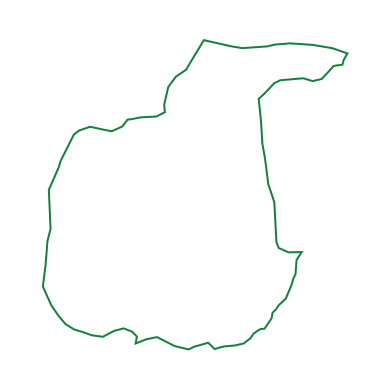 Baguirmi, Chari-Baguirmi, Chad (orthographic projection), rotated 275°
{"feature_id": "50815135B83477967363059", "entity_name": "Baguirmi", "entity_type": "district", "adm_level": 2, "iso_a3": "TCD", "parent_name": "Chad", "parent_adm1": "Chari-Baguirmi", "projection": "orthographic", "projection_center": [16.269, 11.464], "detail": "fine", "context": "isolated", "style": "outline", "palette": "green", "viewbox_px": 384, "rotation_deg": 275, "n_neighbors": 0, "source": "geoboundaries", "source_scale": "gbopen_adm2", "svg_char_len": 1420}
<svg xmlns="http://www.w3.org/2000/svg" viewBox="0 0 384 384"><g transform="rotate(275 192 192)"><path d="M344.3,190.6L329.3,183.2L318.3,177.8L313.4,175.6L305.4,165.8L294.5,159.2L276.7,156.7L269.2,158.0L264.1,150.0L261.9,134.4L259.5,126.2L258.4,121.4L251.2,116.9L245.5,106.8L246.3,99.1L248.1,84.7L243.4,74.2L238.9,69.3L211.7,58.5L205.0,57.1L181.7,49.2L142.9,54.3L130.7,52.3L126.3,52.3L120.3,52.4L107.9,52.5L106.5,52.5L84.8,51.7L80.9,53.9L76.5,56.3L67.6,61.3L66.8,61.8L65.1,63.1L56.6,70.2L49.3,77.6L44.7,86.8L42.9,95.6L40.5,104.9L40.0,115.8L46.8,126.4L50.2,135.8L47.6,144.6L43.2,149.7L36.2,149.1L41.2,159.0L44.4,169.8L37.0,188.2L34.9,202.4L38.2,207.9L41.6,217.0L43.3,221.2L37.5,228.2L39.2,232.4L40.9,237.4L42.9,248.2L45.6,256.7L51.4,263.0L56.1,265.5L60.5,270.7L61.4,272.3L62.2,276.2L73.1,282.3L78.8,282.8L82.2,285.7L82.5,286.0L84.5,287.0L86.1,287.8L86.9,288.4L87.5,288.9L93.9,294.7L108.9,299.5L113.9,300.3L119.4,302.3L123.4,302.2L133.5,302.1L141.7,306.5L140.3,293.5L143.8,283.2L149.3,280.5L167.6,277.9L189.0,274.9L206.5,267.3L223.2,263.7L233.0,261.5L246.2,257.9L269.1,254.5L290.5,250.3L297.0,256.1L307.5,264.4L311.0,270.2L315.0,292.8L313.0,302.6L315.9,311.3L323.7,317.5L329.9,322.0L332.0,330.8L337.0,331.7L343.6,334.8L347.5,319.2L349.1,299.3L348.6,276.8L346.1,261.7L343.6,254.3L339.7,229.4L340.0,225.6L340.5,219.2L340.6,218.5L340.6,217.5L340.9,215.9L344.3,190.6Z" fill="none" stroke="#15803d" stroke-width="2"/></g></svg>